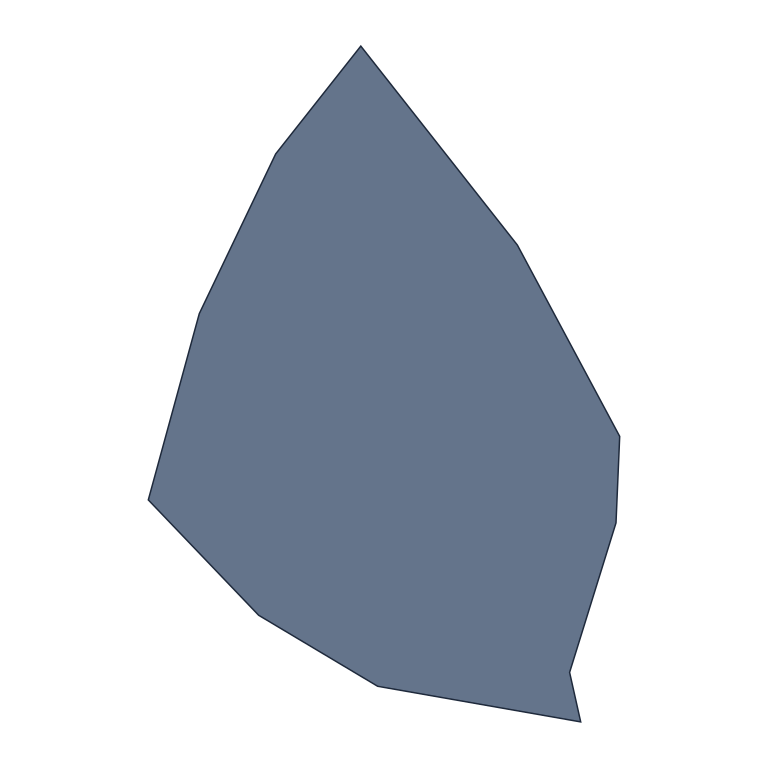 map outline of Saint Georges (orthographic projection)
{"feature_id": "MSR-5088", "entity_name": "Saint Georges", "entity_type": "Parish", "adm_level": 1, "iso_a3": "MSR", "parent_name": "Montserrat", "parent_adm1": "", "projection": "orthographic", "projection_center": [-62.166, 16.749], "detail": "fine", "context": "isolated", "style": "filled", "palette": "slate", "viewbox_px": 768, "rotation_deg": 0, "n_neighbors": 0, "source": "natural_earth", "source_scale": "10m", "svg_char_len": 274}
<svg xmlns="http://www.w3.org/2000/svg" viewBox="0 0 768 768"><path d="M360.8,46.1L517.4,245.1L619.7,436.4L616.0,522.9L569.6,672.4L580.7,721.9L377.7,686.3L258.7,615.3L148.3,499.9L199.3,313.6L275.7,153.9L360.8,46.1Z" fill="#64748b" stroke="#1e293b" stroke-width="1.5"/></svg>